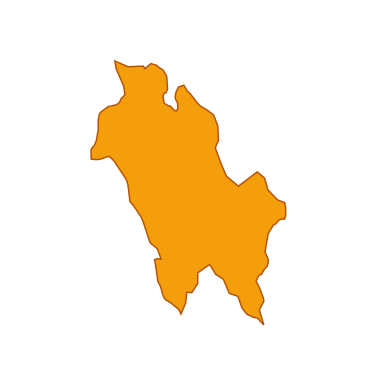 Kuldigas, Equal Earth projection, rotated 250°
{"feature_id": "LVA-5709", "entity_name": "Kuldigas", "entity_type": "Municipality", "adm_level": 1, "iso_a3": "LVA", "parent_name": "Latvia", "parent_adm1": "", "projection": "equal_earth", "projection_center": [22.002, 56.933], "detail": "fine", "context": "isolated", "style": "filled", "palette": "amber", "viewbox_px": 384, "rotation_deg": 250, "n_neighbors": 0, "source": "natural_earth", "source_scale": "10m", "svg_char_len": 1707}
<svg xmlns="http://www.w3.org/2000/svg" viewBox="0 0 384 384"><g transform="rotate(250 192 192)"><path d="M67.5,222.8L64.7,222.1L58.3,215.0L42.5,214.0L51.4,210.2L53.0,207.2L58.5,201.7L65.5,199.4L78.3,199.4L84.0,192.4L99.3,191.6L106.4,186.2L117.9,183.8L114.1,169.8L103.9,166.0L97.5,157.4L99.5,152.8L89.9,148.1L81.1,139.9L86.5,139.3L95.8,133.6L100.0,130.2L103.4,129.5L106.3,129.5L114.2,130.2L119.5,129.3L134.9,132.6L141.1,133.6L141.3,135.1L141.2,136.6L139.4,140.0L150.2,140.0L155.2,137.4L158.0,135.5L160.9,135.3L182.2,136.0L186.4,135.5L198.8,132.5L204.1,130.4L220.8,134.3L226.3,134.5L247.9,129.4L253.4,126.7L253.9,125.5L254.2,124.1L254.1,118.4L254.3,116.9L254.5,115.5L255.4,112.6L257.3,108.6L265.1,111.1L267.1,112.4L269.4,116.3L273.0,119.7L282.8,125.3L291.0,128.1L297.0,131.6L298.4,134.1L300.9,142.2L299.9,149.8L300.0,151.5L300.9,154.6L303.6,156.8L306.4,162.3L314.8,164.0L333.6,162.9L341.5,164.3L331.5,174.9L327.0,189.3L324.0,189.9L326.7,197.2L323.5,201.8L320.4,203.5L316.4,206.6L309.3,207.8L297.1,204.2L294.2,201.6L294.3,200.3L293.5,198.6L291.4,197.3L284.7,196.3L280.8,199.6L280.1,201.0L274.4,203.5L273.5,205.1L275.1,207.1L280.1,208.8L282.3,208.7L284.6,208.3L286.5,208.5L289.2,209.7L291.8,211.6L295.3,215.2L295.1,220.9L288.2,222.2L285.2,223.9L275.1,227.0L269.9,229.2L264.1,234.0L257.0,238.7L245.2,238.8L231.4,234.5L225.6,229.0L208.4,229.0L195.0,229.8L181.6,237.6L188.6,260.2L180.3,264.9L168.1,264.1L155.4,269.6L150.3,275.4L144.3,274.4L137.2,271.7L134.9,269.6L136.0,266.8L135.7,263.4L133.5,260.3L133.1,257.2L126.8,249.3L110.5,240.0L108.7,240.3L102.5,240.5L100.5,240.1L96.4,237.1L94.4,233.2L91.0,229.3L90.6,225.9L86.2,221.7L78.9,222.7L67.5,222.8Z" fill="#f59e0b" stroke="#b45309" stroke-width="1.5"/></g></svg>